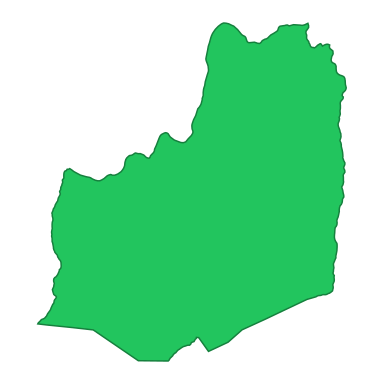 outline of Juazeiro, Bahia, Brazil
{"feature_id": "56859067B49115831808668", "entity_name": "Juazeiro", "entity_type": "district", "adm_level": 2, "iso_a3": "BRA", "parent_name": "Brazil", "parent_adm1": "Bahia", "projection": "robinson", "projection_center": [-40.259, -9.513], "detail": "fine", "context": "isolated", "style": "filled", "palette": "green", "viewbox_px": 384, "rotation_deg": 0, "n_neighbors": 0, "source": "geoboundaries", "source_scale": "gbopen_adm2", "svg_char_len": 5869}
<svg xmlns="http://www.w3.org/2000/svg" viewBox="0 0 384 384"><path d="M233.7,26.1L232.0,25.4L228.7,23.8L226.1,23.2L223.7,23.0L222.3,23.5L220.9,24.3L218.3,26.3L215.5,29.2L214.9,30.0L213.6,31.9L212.6,33.4L211.5,35.8L210.8,37.8L209.5,42.7L208.3,46.3L207.6,50.3L206.2,57.1L205.9,59.0L206.2,60.7L207.4,63.9L208.1,66.0L208.5,70.0L208.4,71.4L207.2,75.1L205.3,81.6L204.7,85.6L203.8,88.2L203.5,89.7L203.2,92.5L203.2,95.7L202.2,98.4L202.2,99.8L201.4,102.9L200.9,104.5L199.4,107.0L197.8,108.8L195.7,115.6L193.6,119.7L192.3,123.5L191.9,125.1L191.9,126.4L192.1,128.9L192.8,130.9L193.0,132.1L192.6,133.4L191.4,135.5L188.2,138.8L186.6,140.8L185.7,141.9L184.5,142.3L183.3,142.7L180.8,142.5L174.4,140.1L170.9,137.5L170.0,136.7L168.1,133.7L167.0,133.0L165.7,132.7L164.4,133.0L161.6,134.4L160.6,135.3L159.9,136.4L158.9,138.7L156.2,145.7L155.2,147.8L154.6,149.1L154.3,151.2L153.4,152.7L152.4,153.7L150.6,155.6L150.1,156.9L149.6,157.9L148.6,158.2L147.4,157.9L146.4,157.5L145.0,156.3L144.4,155.5L143.3,154.8L140.3,153.6L138.6,153.7L137.4,153.5L135.6,153.0L134.7,153.3L133.2,154.4L132.4,154.9L131.3,155.3L129.7,155.5L128.8,156.0L126.8,157.9L125.8,159.5L125.0,162.3L124.6,165.7L124.0,167.4L123.5,168.4L122.8,169.5L122.1,170.5L121.1,171.7L118.0,173.9L115.6,174.9L114.6,175.2L112.4,175.2L110.8,174.5L108.6,175.1L107.2,175.8L104.0,178.6L101.4,180.1L99.7,180.8L97.7,180.8L95.2,180.2L92.3,178.9L90.8,177.9L89.6,177.4L86.4,176.8L80.4,175.1L73.9,171.6L71.7,169.9L69.7,168.6L68.5,169.3L67.2,169.2L66.3,170.6L64.9,171.1L64.2,172.3L63.9,173.7L63.8,175.1L63.8,176.6L63.9,177.9L63.2,179.0L62.3,180.1L62.6,181.5L62.6,183.0L62.0,184.1L61.8,185.4L61.1,186.6L60.7,188.0L60.7,189.7L60.1,190.5L59.6,191.6L60.3,193.9L59.8,195.3L59.3,196.2L58.3,198.0L58.0,199.4L57.6,201.1L56.7,202.3L55.2,205.0L54.8,206.6L54.0,208.0L53.3,209.0L53.0,210.5L51.9,213.1L52.3,214.8L52.2,215.9L52.5,216.9L52.9,218.6L52.9,220.4L52.3,222.1L52.1,224.2L52.1,227.1L52.3,228.2L51.6,231.7L51.6,232.9L51.9,234.3L51.6,236.1L52.1,238.2L52.1,241.5L52.7,243.2L53.4,247.0L53.5,248.6L54.0,250.1L54.6,251.2L54.9,252.3L55.7,253.3L57.4,255.3L57.7,256.9L58.4,257.9L58.8,258.8L60.4,260.7L61.0,262.4L61.1,264.2L61.2,266.1L61.0,267.5L60.6,268.6L59.4,269.6L59.2,271.1L57.7,274.5L56.8,275.8L56.0,276.8L54.7,277.6L53.8,278.9L53.6,280.4L53.7,281.6L54.3,283.3L53.9,285.1L53.7,286.7L52.4,289.6L53.0,292.0L53.8,294.5L55.0,295.5L55.9,296.1L56.4,297.0L56.0,298.0L55.4,298.9L54.7,299.7L54.2,300.7L54.0,302.2L53.6,303.6L52.8,304.2L52.2,305.6L51.2,307.7L50.8,308.9L50.2,310.3L49.4,311.3L47.6,313.8L46.5,316.1L45.8,316.8L44.8,318.0L43.4,318.9L42.0,319.3L40.9,320.1L39.8,321.5L38.4,322.7L37.8,323.9L47.2,325.0L72.9,327.6L93.2,329.9L138.3,360.7L168.2,361.0L169.2,360.0L170.0,358.4L172.7,355.8L173.2,354.8L173.9,354.1L174.5,353.3L175.6,352.9L177.4,350.7L178.5,349.7L179.4,349.3L180.2,348.6L182.3,347.2L183.4,346.6L185.8,345.9L187.0,345.4L188.2,345.2L189.6,345.2L190.7,344.2L191.3,342.7L192.6,342.0L194.0,341.6L195.2,339.4L196.2,338.5L196.4,337.4L198.7,337.6L208.5,351.4L216.2,347.8L228.1,342.2L242.1,329.8L265.7,319.0L282.9,310.8L307.0,299.4L316.0,296.8L317.1,296.1L318.3,295.6L319.8,295.5L320.8,295.4L322.9,294.6L325.2,294.7L326.7,294.4L328.1,293.6L329.4,293.2L330.7,292.4L332.5,290.9L332.9,289.1L333.2,287.9L333.1,286.3L332.8,284.8L333.3,283.3L333.8,282.2L334.2,281.1L334.3,279.9L334.0,277.0L334.3,275.6L333.4,274.3L333.0,273.0L333.4,271.6L333.5,269.8L333.9,267.8L333.6,265.9L333.4,263.9L333.9,262.5L334.5,261.2L335.1,259.5L335.9,257.9L335.8,256.2L336.5,252.8L336.9,250.6L337.0,248.8L337.1,246.9L337.1,244.8L336.9,243.3L336.2,242.3L335.5,241.1L334.9,239.8L334.6,238.6L334.4,237.2L334.5,234.6L334.7,233.0L334.9,229.4L335.2,227.6L336.2,226.3L336.7,225.3L337.0,224.2L337.1,222.7L336.9,221.2L336.9,220.1L337.4,218.6L338.0,217.3L338.4,215.8L339.0,212.9L339.3,211.3L339.2,210.0L339.4,208.3L339.6,207.3L340.2,205.6L341.2,204.6L341.7,203.6L342.2,202.2L342.4,200.8L342.4,199.5L343.1,198.1L343.8,197.1L343.8,195.9L343.6,194.6L343.2,193.1L342.7,190.2L342.1,188.4L341.7,186.8L342.6,185.5L343.1,184.2L343.6,181.9L343.4,180.4L343.4,177.3L343.2,175.4L343.5,174.3L344.9,172.2L344.8,170.7L344.5,169.7L343.8,168.4L343.8,166.9L344.3,165.9L344.8,164.6L344.9,162.9L343.7,160.6L343.3,159.2L342.7,157.9L342.9,156.5L342.8,154.5L342.6,152.4L342.2,150.2L341.3,146.4L341.3,144.7L340.9,142.8L340.4,141.8L339.9,140.4L340.6,138.4L341.0,136.8L340.9,135.2L340.8,133.6L340.1,131.9L339.8,130.3L339.1,128.3L338.5,126.8L338.2,125.5L338.1,123.9L338.4,122.7L339.0,121.3L339.3,120.1L339.5,118.7L339.1,117.4L339.8,115.8L340.3,114.0L340.1,112.3L340.0,110.7L340.4,108.4L340.4,106.7L340.4,105.3L340.2,103.7L340.4,102.0L341.4,100.5L342.2,99.7L343.0,98.7L343.3,97.0L342.6,96.3L342.1,95.4L342.5,93.9L343.1,92.5L344.4,91.5L345.5,90.1L346.0,88.9L346.2,87.7L345.8,86.1L345.4,84.5L345.3,83.1L345.2,80.9L344.8,78.4L344.3,77.4L343.7,76.6L341.8,75.7L339.9,75.1L338.6,74.4L337.3,73.2L336.6,72.1L336.3,70.8L336.1,68.8L336.1,66.3L335.7,65.1L334.9,63.9L332.2,62.5L331.4,61.3L331.1,59.7L331.5,57.9L331.7,56.6L332.7,54.8L333.1,53.8L332.9,51.0L332.0,50.2L331.2,49.5L330.3,48.9L329.6,47.9L329.4,46.5L329.7,45.0L328.1,44.3L327.0,44.2L325.6,44.5L324.2,45.1L322.4,46.1L321.6,44.7L320.7,43.7L319.8,43.9L318.7,44.6L317.5,45.3L316.6,46.3L315.4,47.3L314.3,47.9L313.4,47.5L311.9,47.4L310.8,46.7L310.2,45.6L309.8,44.2L309.1,43.2L308.6,41.4L307.6,40.2L306.9,39.2L306.6,38.2L306.6,37.1L306.7,35.1L306.1,33.7L305.9,32.4L306.2,30.8L307.1,29.8L307.9,28.6L308.6,27.5L308.6,25.6L307.9,23.3L304.5,24.9L302.2,25.4L300.0,25.1L293.5,24.7L289.2,25.9L287.4,25.0L286.1,25.1L284.8,25.5L280.0,26.2L278.7,27.4L277.9,29.9L277.4,30.8L276.1,31.8L273.6,33.4L270.9,34.9L268.9,36.8L268.0,37.8L266.4,38.9L265.1,39.1L262.3,40.6L261.0,42.5L259.6,43.5L257.3,43.2L256.0,42.7L254.4,42.2L249.4,42.7L248.3,42.5L247.5,42.0L246.9,41.0L245.7,37.4L244.8,36.4L242.6,35.3L241.5,34.4L237.5,29.5L236.0,28.2L233.7,26.1Z" fill="#22c55e" stroke="#15803d" stroke-width="1.5"/></svg>